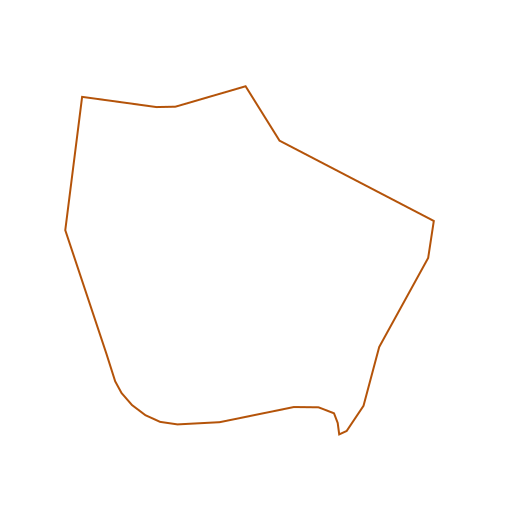 the border of Prebold, rotated 78°
{"feature_id": "SVN-243", "entity_name": "Prebold", "entity_type": "Municipality", "adm_level": 1, "iso_a3": "SVN", "parent_name": "Slovenia", "parent_adm1": "", "projection": "natural_earth1", "projection_center": [15.109, 46.221], "detail": "fine", "context": "isolated", "style": "outline", "palette": "amber", "viewbox_px": 512, "rotation_deg": 78, "n_neighbors": 0, "source": "natural_earth", "source_scale": "10m", "svg_char_len": 458}
<svg xmlns="http://www.w3.org/2000/svg" viewBox="0 0 512 512"><g transform="rotate(78 256 256)"><path d="M258.7,74.8L293.7,88.0L370.6,154.4L424.9,182.0L446.0,203.7L447.8,211.7L436.3,210.8L426.1,212.4L417.0,226.3L411.6,250.4L411.0,326.1L404.4,367.8L398.3,384.3L388.7,397.3L376.0,408.3L362.1,416.0L349.3,419.8L320.9,422.6L191.1,437.2L64.2,393.0L89.6,322.5L93.2,303.8L87.8,230.9L148.1,209.0L258.7,74.8Z" fill="none" stroke="#b45309" stroke-width="2"/></g></svg>